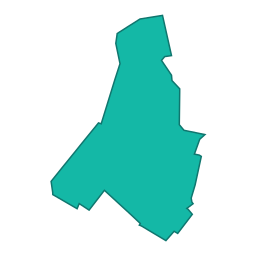 the district of Androscoggin, Maine, United States of America
{"feature_id": "52423323B83969208679502", "entity_name": "Androscoggin", "entity_type": "district", "adm_level": 2, "iso_a3": "USA", "parent_name": "United States of America", "parent_adm1": "Maine", "projection": "robinson", "projection_center": [-70.183, 44.198], "detail": "fine", "context": "isolated", "style": "filled", "palette": "teal", "viewbox_px": 256, "rotation_deg": 0, "n_neighbors": 0, "source": "geoboundaries", "source_scale": "gbopen_adm2", "svg_char_len": 684}
<svg xmlns="http://www.w3.org/2000/svg" viewBox="0 0 256 256"><path d="M201.3,156.4L199.3,155.1L194.4,154.1L199.7,139.3L204.9,134.6L184.0,130.3L179.3,124.7L179.7,92.0L179.7,88.8L172.0,80.6L171.5,75.2L161.5,60.4L164.7,56.6L171.5,55.6L162.5,15.4L140.0,19.0L128.3,26.4L117.2,33.5L115.8,43.4L120.0,63.7L114.9,79.5L101.2,123.8L98.5,122.9L80.4,145.1L77.3,149.0L61.8,168.1L51.1,181.4L52.7,192.4L52.8,194.6L77.1,208.7L79.2,203.6L89.1,210.1L104.4,190.3L131.2,214.9L140.3,223.5L139.3,225.1L141.3,225.9L165.9,240.6L174.1,231.3L177.7,233.4L192.3,214.3L188.2,209.4L186.8,208.4L193.1,203.7L191.9,202.1L191.2,198.1L195.1,185.0L201.3,156.4Z" fill="#14b8a6" stroke="#0f766e" stroke-width="1.5"/></svg>